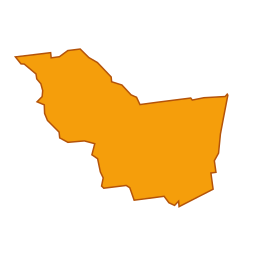 the district of Iberville, Louisiana, United States of America, rotated 353°
{"feature_id": "52423323B92446440923992", "entity_name": "Iberville", "entity_type": "district", "adm_level": 2, "iso_a3": "USA", "parent_name": "United States of America", "parent_adm1": "Louisiana", "projection": "robinson", "projection_center": [-91.395, 30.261], "detail": "fine", "context": "isolated", "style": "filled", "palette": "amber", "viewbox_px": 256, "rotation_deg": 353, "n_neighbors": 0, "source": "geoboundaries", "source_scale": "gbopen_adm2", "svg_char_len": 837}
<svg xmlns="http://www.w3.org/2000/svg" viewBox="0 0 256 256"><g transform="rotate(353 128 128)"><path d="M24.9,43.7L29.6,51.3L32.8,51.9L43.3,63.2L43.4,68.1L46.9,73.5L47.9,80.5L46.6,86.4L40.9,90.9L47.7,94.8L47.0,103.4L49.0,110.7L59.1,123.7L59.0,129.5L66.6,134.9L83.1,135.5L93.1,139.5L88.9,150.2L94.1,154.8L95.2,168.2L97.3,174.5L94.7,182.4L96.6,184.8L119.2,184.8L122.5,187.5L125.3,200.4L155.5,200.2L159.5,207.2L164.8,210.5L169.3,206.8L169.1,212.3L205.0,199.1L204.8,182.8L209.9,182.7L209.7,171.0L214.8,164.0L219.0,145.2L223.4,131.4L231.1,107.6L230.6,106.5L228.3,108.6L207.0,107.2L195.2,108.1L193.9,105.9L160.5,106.0L142.7,106.2L140.2,98.5L138.4,97.5L135.0,95.4L127.2,84.6L117.4,80.1L117.5,75.3L105.7,59.4L97.7,53.3L90.2,43.8L77.7,43.8L68.6,48.9L60.3,49.0L60.4,43.8L24.9,43.7Z" fill="#f59e0b" stroke="#b45309" stroke-width="1.5"/></g></svg>